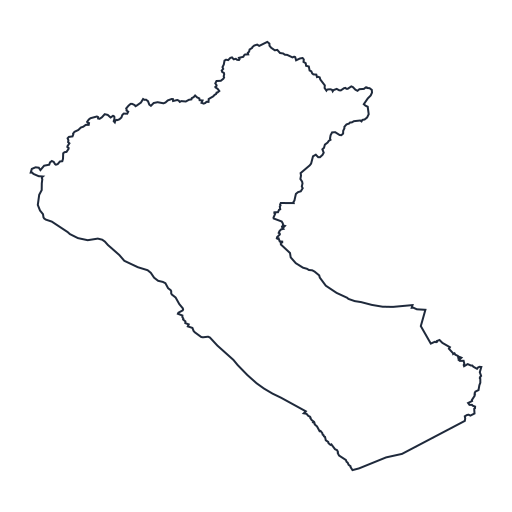 Selwyn District, Canterbury, New Zealand (Robinson projection)
{"feature_id": "76426892B38400120345954", "entity_name": "Selwyn District", "entity_type": "district", "adm_level": 2, "iso_a3": "NZL", "parent_name": "New Zealand", "parent_adm1": "Canterbury", "projection": "robinson", "projection_center": [171.861, -43.322], "detail": "fine", "context": "isolated", "style": "outline", "palette": "slate", "viewbox_px": 512, "rotation_deg": 0, "n_neighbors": 0, "source": "geoboundaries", "source_scale": "gbopen_adm2", "svg_char_len": 5937}
<svg xmlns="http://www.w3.org/2000/svg" viewBox="0 0 512 512"><path d="M30.7,172.6L32.2,172.6L33.4,173.9L38.7,176.2L42.8,176.5L42.1,177.1L41.9,178.4L42.3,179.2L41.8,183.3L41.7,190.1L39.2,194.8L37.8,204.9L40.0,210.5L43.0,214.2L43.5,217.4L44.2,218.5L45.8,219.6L51.8,221.6L67.7,232.1L69.9,234.1L77.9,238.1L87.7,240.2L97.8,238.6L102.2,239.7L104.9,241.6L107.9,245.0L119.3,255.0L124.3,260.8L137.8,267.2L147.6,270.2L150.8,272.8L154.1,277.7L158.1,280.8L162.8,281.9L165.4,283.2L168.1,288.2L170.7,290.2L171.2,291.2L171.2,293.4L171.8,294.5L175.6,297.5L179.3,304.1L182.8,308.3L183.1,309.5L182.7,310.4L178.4,312.7L177.9,313.8L182.4,315.5L182.4,317.2L183.3,318.5L183.1,319.5L185.4,321.4L185.3,323.1L188.7,324.4L187.8,326.4L192.4,327.9L193.6,331.0L194.8,332.3L201.2,337.0L202.9,337.3L208.1,336.7L209.9,337.5L217.4,345.6L233.4,359.9L237.6,365.0L247.2,374.9L256.5,383.2L263.9,388.5L272.5,393.6L281.0,397.7L305.8,411.3L303.8,413.3L306.5,413.8L308.3,415.9L310.0,416.7L310.5,417.5L310.3,418.0L311.7,420.1L313.8,421.7L313.2,422.4L314.6,423.1L314.7,424.4L317.0,426.4L319.6,431.2L320.5,430.9L322.3,433.1L322.7,434.7L323.5,435.1L324.0,436.4L325.0,436.9L325.8,440.3L328.2,441.9L328.4,443.0L329.7,444.3L330.7,444.9L331.4,444.4L335.0,449.2L337.1,450.2L338.0,452.1L337.7,452.9L339.0,455.5L345.9,460.0L346.5,461.7L347.7,462.7L348.6,464.8L350.5,466.2L350.6,467.2L352.5,470.1L359.0,468.4L386.1,457.4L402.0,453.9L464.8,420.9L465.2,418.5L464.8,416.3L467.0,415.0L468.6,414.7L470.4,415.6L474.5,413.5L474.2,408.8L475.0,408.2L475.1,406.6L472.7,405.7L472.0,404.9L469.5,404.9L468.1,403.0L472.1,401.0L471.9,400.0L474.7,395.7L474.5,394.8L475.0,394.1L474.6,393.2L475.4,391.6L478.5,390.1L479.4,385.1L480.3,382.8L480.3,379.1L479.9,378.5L480.2,378.0L479.9,377.3L481.1,375.9L479.8,372.2L481.3,367.0L479.5,366.8L478.0,367.5L477.0,368.8L473.3,366.7L472.3,365.5L470.9,365.5L467.7,364.1L464.1,366.2L463.7,365.0L464.3,363.6L463.6,360.8L459.9,360.9L458.9,360.1L461.4,357.7L459.5,356.9L458.3,357.9L457.9,355.9L455.3,354.7L454.5,353.3L453.2,354.0L453.1,353.3L448.9,348.7L449.9,347.2L442.4,342.9L439.5,340.0L436.9,341.0L437.0,341.8L436.1,342.2L434.8,341.8L430.8,343.6L420.8,326.1L425.4,309.8L416.9,309.3L413.3,307.7L411.7,307.8L412.5,305.1L392.9,306.9L382.5,306.7L371.8,304.9L361.1,302.1L354.7,301.1L348.4,298.9L347.2,297.8L336.6,292.9L325.8,285.7L319.8,277.6L319.2,275.4L314.6,271.6L312.2,270.3L308.9,270.0L307.0,268.8L303.0,267.7L295.8,263.2L290.7,257.4L290.0,253.0L280.9,244.5L280.8,242.9L282.2,242.4L282.2,241.6L279.7,241.4L278.6,238.4L277.4,238.8L276.8,238.3L277.2,237.0L279.8,234.5L279.7,233.5L278.7,232.9L279.5,231.1L281.1,229.4L283.4,228.9L282.2,227.4L282.0,226.5L282.5,226.3L283.5,227.3L284.9,225.9L283.1,225.3L282.8,223.4L281.7,221.5L273.7,218.5L273.5,217.6L275.1,213.9L274.3,213.0L274.4,212.3L278.0,212.2L279.0,209.8L280.2,209.3L279.8,206.5L280.5,205.5L280.1,204.5L280.8,203.0L293.7,203.1L293.5,201.9L294.4,200.6L295.9,193.9L298.1,192.1L300.8,191.3L302.7,188.2L301.8,186.5L302.5,183.5L302.1,181.6L300.4,179.0L301.0,175.5L300.6,173.1L309.7,165.4L311.1,163.6L313.0,156.3L315.8,154.7L318.2,157.2L320.0,157.2L322.5,154.9L323.7,152.7L322.4,149.3L324.0,147.8L324.9,144.6L327.6,142.6L328.8,140.8L330.5,139.8L330.0,138.5L330.6,135.2L332.1,132.4L335.2,132.2L339.6,135.0L341.3,135.2L343.1,133.6L343.2,130.8L344.4,128.3L344.4,126.8L346.5,124.4L349.0,123.6L350.0,122.5L351.8,122.4L353.9,121.2L360.2,120.5L361.5,121.4L362.4,119.9L364.6,119.5L367.1,117.5L368.7,114.2L367.7,106.7L365.5,105.7L363.8,104.2L367.8,98.4L370.7,95.5L372.0,92.6L371.8,89.9L369.6,88.2L367.1,88.0L366.7,87.3L365.9,87.3L363.9,88.9L359.4,89.2L357.5,90.8L355.4,89.7L352.9,87.1L351.3,86.4L347.7,88.8L346.4,88.8L345.4,87.9L344.0,88.2L340.8,90.4L339.2,90.3L336.7,88.9L333.5,90.1L332.7,91.3L332.1,89.9L330.6,89.3L328.0,89.4L326.9,89.8L326.4,90.6L324.6,88.0L324.8,85.4L320.3,79.5L319.7,77.4L318.1,76.8L317.0,77.1L316.3,74.6L313.4,74.4L312.2,73.4L311.3,71.3L309.6,70.5L308.8,66.5L306.1,65.8L305.7,63.2L303.5,61.9L303.8,59.6L303.1,58.5L302.5,58.0L299.9,58.5L296.1,60.3L295.2,57.1L294.1,56.7L292.5,57.4L287.2,54.9L284.8,54.7L283.2,53.5L280.0,53.0L277.3,49.9L274.8,50.3L271.1,47.7L269.5,45.7L269.4,43.6L267.3,41.9L259.2,45.9L257.2,44.6L254.3,45.5L252.5,47.0L252.0,48.0L249.6,49.5L249.1,51.6L247.8,52.9L248.2,54.4L245.0,54.5L244.1,55.3L243.3,56.8L239.0,57.8L239.6,59.1L239.0,60.0L237.1,59.8L235.8,58.8L233.7,59.3L232.0,57.4L230.3,57.9L228.2,60.1L226.0,59.7L224.5,60.6L223.8,64.5L222.5,67.1L223.2,68.9L221.7,70.6L222.3,72.1L223.8,72.8L224.2,74.2L223.7,76.3L224.1,77.4L223.4,78.7L220.8,80.8L216.5,81.0L215.3,83.4L216.6,85.3L216.4,86.1L215.3,87.0L215.5,87.4L217.6,88.8L219.3,91.0L217.4,92.6L216.6,92.6L216.0,94.1L214.5,94.9L213.3,96.3L208.7,99.0L208.5,101.9L206.5,101.8L205.3,103.0L203.7,103.6L201.5,102.8L202.5,100.5L199.6,100.2L199.3,98.4L197.1,97.4L195.1,95.5L193.6,97.2L191.8,98.1L191.4,99.4L188.9,99.8L185.8,101.5L181.3,101.1L179.8,101.9L178.7,100.6L177.3,100.0L173.1,101.0L172.9,99.1L171.7,99.0L167.8,100.4L165.5,102.5L163.5,103.3L157.6,102.2L153.7,103.0L150.9,105.8L149.3,104.6L148.0,101.2L146.0,99.7L144.4,99.8L143.1,99.0L140.9,102.6L136.5,105.7L135.5,106.2L134.7,105.1L132.2,103.9L130.6,103.9L128.6,105.6L126.2,108.4L126.6,109.3L126.5,110.5L128.2,111.7L127.2,113.7L123.7,113.6L122.3,115.0L121.4,117.5L119.4,119.3L117.4,120.1L116.4,119.9L115.3,120.8L114.8,122.4L113.7,121.2L114.4,119.1L114.4,116.9L113.9,116.2L113.0,115.8L110.6,117.5L107.7,114.9L104.7,114.2L101.9,117.3L99.6,118.8L98.1,118.5L98.1,117.1L96.9,116.5L90.5,118.2L88.8,119.5L87.1,121.9L87.6,122.7L89.0,123.1L88.7,124.9L85.7,124.9L83.3,126.7L80.9,127.5L78.3,130.0L74.5,131.8L73.1,133.6L73.3,134.4L72.5,136.4L68.9,136.9L67.6,138.3L68.4,140.3L68.1,142.1L69.4,143.3L67.4,146.3L67.4,147.1L68.6,147.9L68.6,148.8L66.5,151.9L64.5,152.2L63.2,153.3L63.0,158.8L62.3,161.2L59.9,161.5L57.7,164.1L55.9,164.7L55.0,164.1L53.7,161.9L51.8,161.0L50.0,162.4L49.2,164.7L44.1,165.7L40.4,170.1L38.8,167.7L35.6,167.3L31.8,168.9L30.7,172.6Z" fill="none" stroke="#1e293b" stroke-width="2"/></svg>